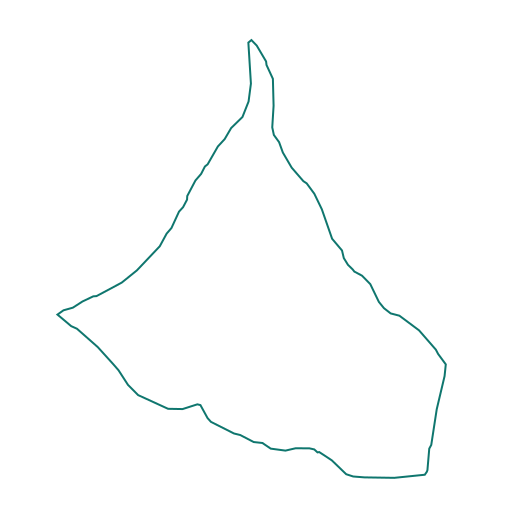 Alotenango, Sacatepéquez, Guatemala (Robinson projection), rotated 183°
{"feature_id": "79465075B60145282500225", "entity_name": "Alotenango", "entity_type": "district", "adm_level": 2, "iso_a3": "GTM", "parent_name": "Guatemala", "parent_adm1": "Sacatepéquez", "projection": "robinson", "projection_center": [-90.818, 14.441], "detail": "fine", "context": "isolated", "style": "outline", "palette": "teal", "viewbox_px": 512, "rotation_deg": 183, "n_neighbors": 0, "source": "geoboundaries", "source_scale": "gbopen_adm2", "svg_char_len": 1267}
<svg xmlns="http://www.w3.org/2000/svg" viewBox="0 0 512 512"><g transform="rotate(183 256 256)"><path d="M73.6,51.1L72.9,72.7L71.1,76.5L67.5,112.4L61.4,145.9L60.8,157.7L69.0,167.7L71.5,171.9L89.3,190.3L109.7,203.9L118.5,205.7L125.5,210.6L130.9,216.6L140.4,233.9L149.1,241.9L157.0,245.6L158.7,247.6L163.7,252.0L168.2,258.5L170.4,266.0L180.9,277.2L192.7,306.1L201.0,321.2L209.2,331.2L212.6,333.2L225.0,346.1L234.6,360.7L238.9,370.9L244.5,377.8L246.5,385.3L246.3,406.9L248.4,433.8L255.5,447.3L256.1,450.8L266.3,466.2L271.9,471.4L274.8,468.7L270.1,427.9L271.5,409.9L276.8,394.1L287.5,382.5L293.4,371.1L299.8,363.4L309.1,345.0L311.7,342.7L315.1,335.1L320.4,328.3L327.8,312.3L327.8,308.7L331.4,300.9L335.2,296.3L341.9,279.5L346.4,273.7L352.6,260.7L374.2,235.4L388.7,222.4L413.2,207.6L416.4,207.2L426.9,201.5L436.2,194.8L445.4,191.7L451.2,187.1L436.9,176.3L431.0,174.0L409.2,156.7L392.9,140.5L387.3,134.7L377.1,120.6L366.4,110.9L335.8,98.8L321.3,99.3L306.8,104.8L303.7,104.2L295.9,91.6L292.3,88.0L268.7,77.6L262.4,76.4L248.6,70.1L239.8,69.6L231.2,64.4L216.4,63.2L206.3,66.1L192.5,66.7L187.7,65.9L184.3,63.1L182.6,63.5L177.4,60.5L169.6,55.9L154.5,42.8L147.4,40.9L136.1,40.6L106.3,41.7L76.0,46.4L74.1,49.5L73.6,51.1Z" fill="none" stroke="#0f766e" stroke-width="2"/></g></svg>